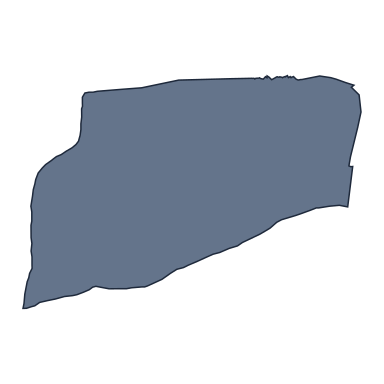 the district of Ondo West, Ondo, Nigeria
{"feature_id": "59680162B72514771239598", "entity_name": "Ondo West", "entity_type": "district", "adm_level": 2, "iso_a3": "NGA", "parent_name": "Nigeria", "parent_adm1": "Ondo", "projection": "mercator", "projection_center": [4.735, 6.975], "detail": "fine", "context": "isolated", "style": "filled", "palette": "slate", "viewbox_px": 384, "rotation_deg": 0, "n_neighbors": 0, "source": "geoboundaries", "source_scale": "gbopen_adm2", "svg_char_len": 2148}
<svg xmlns="http://www.w3.org/2000/svg" viewBox="0 0 384 384"><path d="M319.7,76.0L302.1,79.5L300.2,79.6L298.7,80.0L297.5,79.8L296.1,79.1L295.6,78.7L294.8,77.8L293.9,77.0L293.6,76.6L293.2,76.9L292.4,76.9L292.0,77.0L291.7,77.2L291.4,77.3L291.0,77.7L290.8,77.5L290.2,76.6L289.0,77.3L288.4,77.6L287.9,76.6L287.4,75.6L286.8,75.9L285.8,76.6L285.4,76.8L285.3,76.5L283.7,77.0L282.5,77.7L282.3,77.5L281.9,77.2L281.4,77.2L279.8,76.8L279.4,77.1L278.8,77.2L278.0,77.1L277.5,76.8L277.2,76.8L276.9,76.9L276.4,77.0L276.0,77.3L275.7,77.5L271.7,79.7L269.7,77.8L269.1,77.2L267.1,75.9L266.9,77.7L266.3,77.3L265.5,76.7L264.4,77.9L263.3,79.1L261.7,78.8L260.6,78.5L259.5,77.8L259.1,78.1L255.8,78.3L254.8,79.0L254.2,78.4L253.4,78.3L252.3,78.4L251.7,78.3L242.2,78.5L232.0,78.7L178.7,80.1L141.7,87.8L132.5,88.5L119.5,89.5L97.3,91.3L93.1,92.2L89.0,92.2L84.9,93.0L82.4,97.2L82.4,103.0L82.5,106.3L81.6,108.8L81.7,117.1L80.9,123.8L80.9,129.6L80.1,135.4L79.5,137.5L78.5,141.2L76.0,144.5L71.9,147.9L66.2,151.2L61.2,154.6L56.4,156.6L53.1,159.1L51.4,160.5L47.0,163.6L45.6,164.6L42.3,168.0L38.2,173.0L35.7,179.6L34.9,183.8L33.3,189.6L32.5,196.2L31.7,201.2L30.9,206.2L31.8,212.0L31.8,217.0L31.8,221.1L31.0,225.3L31.1,237.7L31.9,243.5L31.1,251.0L32.0,256.8L32.0,261.0L32.0,265.1L32.1,268.4L29.6,273.4L28.8,277.6L27.2,281.7L25.6,290.0L24.8,294.2L24.0,303.5L23.0,308.4L26.5,308.3L29.0,307.5L31.4,306.7L34.8,305.8L39.7,302.4L46.3,300.9L47.1,300.7L55.4,299.0L64.5,296.5L72.7,295.6L76.9,294.7L83.5,292.2L89.3,289.7L92.6,287.2L95.9,286.3L100.0,287.1L109.1,288.8L119.0,288.7L126.5,288.7L131.4,287.8L142.2,286.9L144.7,286.9L147.1,286.1L154.6,282.7L162.0,279.3L170.2,273.5L176.8,269.3L183.4,267.6L186.9,265.9L187.8,265.4L198.3,260.9L205.7,257.5L213.1,254.2L219.7,252.5L229.2,248.4L237.5,245.9L242.4,242.5L260.2,234.0L270.1,228.1L276.7,222.3L281.6,219.7L295.6,215.5L300.6,213.8L309.7,210.5L314.6,208.6L316.3,207.9L318.8,207.9L329.5,206.2L339.4,205.3L347.7,206.9L352.7,166.5L350.8,166.7L348.9,165.9L350.5,156.7L357.7,127.4L361.0,112.0L359.1,94.9L351.4,87.3L353.9,85.2L345.4,82.5L338.4,80.0L336.2,79.2L330.9,77.7L330.4,77.6L319.7,76.0Z" fill="#64748b" stroke="#1e293b" stroke-width="1.5"/></svg>